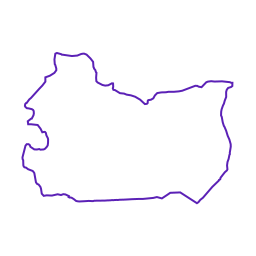 Chiquimula, Chiquimula, Guatemala, rotated 176°
{"feature_id": "79465075B13186946486683", "entity_name": "Chiquimula", "entity_type": "district", "adm_level": 2, "iso_a3": "GTM", "parent_name": "Guatemala", "parent_adm1": "Chiquimula", "projection": "natural_earth1", "projection_center": [-89.563, 14.792], "detail": "fine", "context": "isolated", "style": "outline", "palette": "violet", "viewbox_px": 256, "rotation_deg": 176, "n_neighbors": 0, "source": "geoboundaries", "source_scale": "gbopen_adm2", "svg_char_len": 2709}
<svg xmlns="http://www.w3.org/2000/svg" viewBox="0 0 256 256"><g transform="rotate(176 128 128)"><path d="M28.2,94.8L28.2,96.2L26.8,102.2L26.7,104.7L27.7,109.5L29.1,113.3L30.3,118.5L31.8,122.8L32.2,123.3L33.1,127.1L33.7,132.5L34.3,134.1L33.9,137.8L33.3,140.1L31.7,143.8L30.6,145.6L29.6,148.5L27.9,152.1L27.6,157.1L26.8,159.3L25.3,161.0L22.3,161.7L21.0,162.6L20.7,165.8L21.9,165.9L23.2,166.6L30.9,168.0L38.5,168.3L41.7,168.9L45.0,168.7L46.7,168.2L51.8,163.6L54.6,164.3L56.0,165.2L58.0,165.4L71.3,161.4L74.7,161.0L79.9,160.9L85.1,161.3L87.7,161.0L92.3,161.2L96.4,160.8L98.9,158.6L100.7,155.8L103.2,154.6L105.8,154.4L106.4,153.7L106.6,151.6L107.5,150.8L109.5,150.7L113.9,155.4L118.7,158.7L122.9,160.4L127.1,161.4L129.5,162.6L133.6,163.3L138.3,166.7L139.9,167.1L140.4,168.7L139.9,170.0L139.8,173.5L140.9,173.7L144.7,172.0L147.8,171.9L150.5,172.7L155.1,175.5L156.3,176.9L156.3,180.4L155.6,185.3L156.1,186.0L156.6,188.1L157.0,188.7L157.7,189.6L157.9,190.8L158.2,191.2L158.2,196.4L160.6,200.0L164.2,204.1L166.5,205.2L167.5,205.3L169.5,205.1L173.5,203.8L178.9,203.7L188.2,205.7L188.8,205.7L189.5,206.3L193.7,207.8L195.3,207.2L196.6,201.5L196.6,196.8L196.2,196.2L195.4,192.4L195.5,190.6L197.6,188.1L202.3,185.6L206.9,184.3L207.2,180.0L210.5,176.3L213.7,173.4L222.4,165.0L223.1,164.4L224.4,163.5L227.4,160.0L227.9,160.0L228.9,159.0L229.3,157.2L228.8,156.1L227.5,154.8L225.8,154.5L222.6,153.5L221.4,152.6L220.9,151.5L220.9,149.1L221.4,147.3L223.1,144.5L223.3,144.1L224.1,144.0L227.5,141.7L227.3,138.7L224.5,138.5L217.9,137.3L215.3,133.4L213.8,129.7L211.8,130.0L211.0,129.8L210.3,128.8L209.9,126.3L208.7,123.5L208.5,122.3L208.8,118.8L209.3,116.3L210.2,115.0L212.2,113.1L213.6,112.5L216.9,112.5L218.0,113.2L220.4,112.9L223.0,113.2L226.7,116.1L227.1,117.7L228.3,118.8L230.2,118.9L231.5,117.5L235.3,106.1L235.3,104.3L234.8,103.2L235.0,98.0L234.7,96.9L234.0,96.0L232.5,95.6L230.6,93.9L226.1,91.8L225.0,90.3L224.6,89.5L223.6,80.2L222.6,78.6L221.1,77.8L219.5,75.4L219.0,73.4L218.6,68.5L216.8,66.2L213.8,66.5L208.6,65.9L202.8,66.8L199.5,65.8L197.2,66.5L195.1,66.1L191.7,64.2L192.1,63.3L191.2,62.7L190.1,62.7L189.0,62.3L187.1,60.9L184.8,58.8L182.9,58.3L181.4,58.1L175.4,58.0L172.4,58.0L168.0,57.5L166.6,57.8L161.4,57.5L156.1,57.2L153.8,57.2L150.8,57.1L148.8,57.2L147.9,57.0L146.2,57.1L143.9,57.0L143.5,56.9L143.1,56.9L142.4,56.9L141.8,57.0L141.4,57.0L140.9,57.0L139.0,56.9L136.4,56.8L128.7,56.7L122.4,56.5L118.3,56.2L114.4,56.3L107.6,56.5L104.0,57.1L99.1,55.4L93.1,58.8L90.4,60.4L80.4,60.1L64.5,48.2L62.9,49.1L60.9,51.3L58.1,53.2L48.0,63.4L41.2,69.1L40.9,69.8L39.6,70.4L39.1,72.0L34.5,77.1L32.8,78.4L32.3,78.8L31.7,79.8L31.8,83.8L31.1,87.2L29.8,90.1L28.7,94.1L28.2,94.8Z" fill="none" stroke="#5b21b6" stroke-width="2"/></g></svg>